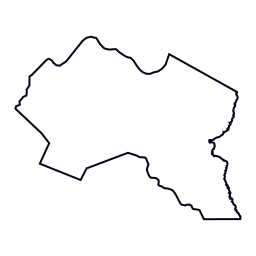 Ngchesechang, Airai, Palau
{"feature_id": "81905179B88239301587184", "entity_name": "Ngchesechang", "entity_type": "district", "adm_level": 2, "iso_a3": "PLW", "parent_name": "Palau", "parent_adm1": "Airai", "projection": "albers", "projection_center": [134.583, 7.399], "detail": "fine", "context": "isolated", "style": "outline", "palette": "ink", "viewbox_px": 256, "rotation_deg": 0, "n_neighbors": 0, "source": "geoboundaries", "source_scale": "gbopen_adm2", "svg_char_len": 5815}
<svg xmlns="http://www.w3.org/2000/svg" viewBox="0 0 256 256"><path d="M15.4,108.7L41.5,133.2L49.2,143.2L39.8,163.7L62.3,172.7L80.6,180.0L86.6,168.4L127.9,152.8L137.1,155.7L139.3,157.1L145.0,157.5L146.3,158.9L147.3,161.7L148.5,164.6L147.7,166.3L147.5,167.3L146.8,169.8L147.8,172.7L148.6,174.8L149.7,176.6L150.9,177.7L155.5,178.0L156.5,178.4L158.4,179.9L158.8,181.7L158.3,184.8L159.3,185.7L161.9,186.5L163.6,187.8L165.4,188.5L166.9,188.3L168.5,188.7L172.3,190.1L173.1,191.0L174.2,192.2L176.1,195.2L179.9,202.7L180.8,203.9L181.5,204.7L183.0,204.9L184.2,205.3L185.2,205.4L186.4,204.8L187.9,204.7L189.0,204.5L190.6,205.3L191.6,206.0L192.7,208.7L193.8,209.1L198.4,209.7L199.6,210.3L203.9,219.2L240.3,219.1L240.3,218.7L240.4,217.6L240.6,217.2L240.5,216.8L240.3,216.2L240.0,216.2L239.9,215.8L239.5,215.1L239.2,214.7L238.9,214.6L238.7,213.6L238.4,213.2L238.1,212.9L237.8,212.9L237.6,212.7L237.4,212.5L237.2,212.1L236.9,212.0L236.9,211.4L236.8,211.1L236.7,211.0L236.5,210.9L236.5,210.7L236.5,210.4L236.3,210.0L236.2,210.0L236.1,209.9L236.0,209.7L235.8,209.7L235.6,209.8L235.6,209.7L235.8,209.4L235.7,209.1L235.6,208.8L235.1,208.6L235.4,208.2L235.8,207.5L235.5,207.0L235.6,206.4L235.4,206.1L235.3,205.6L234.9,205.1L233.8,204.6L233.5,204.1L233.3,203.7L233.2,203.2L232.8,202.5L232.6,202.2L232.4,202.2L232.2,201.7L231.9,201.5L232.3,201.2L232.4,200.5L232.5,199.4L232.0,199.0L231.7,198.4L231.2,198.3L230.8,198.7L230.5,198.8L230.4,198.5L230.2,198.5L230.1,198.1L230.1,197.5L229.9,197.4L230.2,197.1L230.1,196.7L229.9,196.6L229.8,196.4L229.8,196.0L229.5,195.9L229.6,195.6L229.9,195.2L230.1,194.9L229.9,194.5L230.0,194.0L229.8,193.8L230.2,193.6L230.5,193.1L230.2,192.1L229.8,191.9L229.5,192.0L229.7,191.6L229.5,191.1L229.2,190.6L229.0,189.8L228.8,189.3L228.8,188.5L228.3,188.4L228.6,188.1L228.7,187.7L228.3,187.6L228.4,187.4L228.0,187.0L227.8,187.1L227.6,187.0L227.9,186.7L227.7,185.8L227.2,185.6L227.4,185.6L227.5,185.4L227.1,185.2L226.8,185.2L226.4,185.3L226.2,184.9L226.7,184.8L226.7,184.5L226.4,184.3L226.3,183.2L226.0,182.6L225.6,181.9L225.4,181.3L225.3,180.8L224.9,180.0L224.7,179.1L224.2,178.9L224.5,178.3L224.6,177.6L224.9,176.9L224.7,175.5L224.5,175.4L224.7,175.1L224.7,174.7L224.6,174.0L225.0,173.8L225.5,172.9L225.6,171.9L225.3,171.6L225.6,171.0L225.9,170.6L225.6,170.4L226.0,170.2L226.0,169.7L226.2,169.1L226.1,168.5L226.4,168.2L226.2,167.8L226.7,167.6L226.8,166.2L227.0,166.0L226.9,165.8L227.2,165.7L227.5,164.0L227.3,162.8L227.0,162.1L226.5,161.6L226.2,161.3L225.7,161.0L225.1,160.8L224.7,160.7L224.3,160.7L224.0,160.8L223.9,160.7L224.0,160.4L223.9,160.1L223.6,159.8L223.3,159.8L223.1,159.6L222.8,159.5L222.4,159.5L222.3,159.3L222.0,159.1L221.7,159.0L221.6,158.7L221.2,158.4L220.4,157.7L220.0,157.4L219.7,157.1L219.2,157.1L219.0,156.8L218.2,156.5L217.6,156.4L216.6,156.1L215.7,155.9L215.4,155.8L215.2,155.8L214.8,155.8L214.4,156.1L214.2,156.3L214.0,156.2L213.9,156.0L213.7,155.6L213.6,155.2L213.4,155.1L213.1,155.1L212.9,154.8L212.9,154.6L212.7,154.5L212.8,154.1L212.7,153.8L212.6,153.5L212.4,153.4L211.8,153.5L211.8,153.3L212.5,152.9L212.7,152.5L212.8,152.1L212.6,151.8L212.4,151.6L212.1,151.5L212.1,151.1L212.1,150.9L212.3,150.4L212.6,149.6L213.1,149.3L213.7,149.1L214.1,148.6L214.1,147.9L214.2,147.5L214.4,147.2L214.7,146.6L214.7,145.9L214.5,145.3L214.3,145.0L214.5,144.7L214.5,144.2L214.2,143.4L213.9,143.0L213.5,142.8L213.2,142.7L212.9,142.6L212.3,142.4L211.8,142.4L211.5,142.2L211.1,141.9L210.7,141.9L210.3,141.7L210.0,142.0L209.9,142.2L209.8,142.5L209.7,142.4L209.7,142.0L209.6,141.9L209.3,141.8L209.3,141.7L209.5,141.6L209.6,141.1L209.7,140.9L209.5,140.7L209.5,140.4L209.3,140.2L209.8,139.9L210.1,140.0L210.4,140.1L210.8,140.0L211.6,140.0L212.6,140.1L213.0,140.0L213.4,139.8L213.6,139.6L214.3,138.9L215.0,138.5L215.2,138.2L215.9,137.9L217.0,137.5L217.9,137.2L218.7,137.1L219.1,136.9L219.7,136.7L220.1,136.5L220.3,136.3L220.6,135.9L220.9,135.6L221.1,135.5L221.4,135.3L222.2,135.0L222.5,134.7L222.9,134.4L223.0,134.0L223.0,133.6L223.4,133.2L223.7,132.9L223.9,132.6L224.0,132.3L223.9,132.1L224.3,132.2L224.5,132.0L224.7,131.9L225.2,131.6L226.0,131.3L226.6,130.9L227.1,130.6L227.2,130.4L227.5,130.3L227.7,130.1L227.6,129.9L227.4,129.6L227.4,129.4L228.0,129.5L228.3,129.6L228.5,129.3L228.6,129.0L228.6,128.6L228.4,128.3L228.0,128.1L228.5,127.7L228.9,127.2L229.1,126.5L228.9,125.8L229.3,125.4L229.9,125.2L230.2,125.0L230.5,124.4L230.7,123.9L230.5,123.6L230.2,123.3L229.8,123.2L229.6,122.8L229.8,122.8L230.2,122.9L230.6,122.8L230.8,122.4L230.9,122.1L231.1,122.0L231.5,121.7L231.8,121.3L231.9,120.9L232.1,120.4L232.0,119.2L232.5,118.7L232.5,118.1L232.9,117.9L233.1,117.5L233.6,117.0L233.8,116.4L233.8,116.2L233.8,115.9L233.6,115.4L233.2,115.4L233.2,115.1L233.8,114.6L234.0,113.8L233.8,113.2L233.8,112.2L233.7,111.9L233.3,111.6L233.2,111.1L233.4,110.5L233.5,110.1L233.4,109.9L233.6,109.5L233.7,108.7L233.8,108.1L234.0,107.5L234.2,107.1L234.4,107.0L234.7,106.7L235.0,106.4L234.9,105.9L235.2,105.6L235.3,105.2L235.2,104.7L234.6,104.2L234.9,103.9L234.7,103.4L234.9,103.3L235.5,102.8L235.7,102.4L235.9,101.4L236.2,100.8L236.5,100.3L236.5,100.0L236.8,99.8L237.2,99.4L237.3,98.8L237.4,98.3L237.6,98.0L237.6,97.1L237.4,96.4L237.3,95.9L237.0,95.6L236.9,95.3L236.7,95.2L236.4,95.0L236.4,94.7L236.5,93.9L236.3,93.6L236.3,93.2L236.6,93.1L236.9,92.9L237.1,92.7L237.0,92.3L237.0,92.0L169.2,54.2L165.6,64.6L162.4,68.4L158.3,71.3L153.3,72.5L150.4,73.8L146.7,73.8L143.1,72.4L140.3,70.2L137.4,66.6L133.6,60.8L130.7,57.9L126.8,57.0L123.2,54.9L122.8,54.6L119.2,52.1L115.9,49.1L112.6,49.3L109.3,49.6L106.0,48.9L104.0,48.2L100.2,44.3L96.5,38.4L96.2,38.0L90.8,36.8L86.5,37.8L82.7,40.7L66.3,61.3L59.7,65.7L56.2,65.2L53.5,62.9L51.9,60.5L50.3,59.5L48.5,58.8L46.4,60.0L31.8,75.0L29.5,76.5L29.4,85.6L26.5,89.8L26.8,92.2L26.4,95.5L23.2,96.9L21.4,99.4L19.5,101.2L19.8,104.8L16.1,106.2L15.4,108.7Z" fill="none" stroke="#020617" stroke-width="2"/></svg>